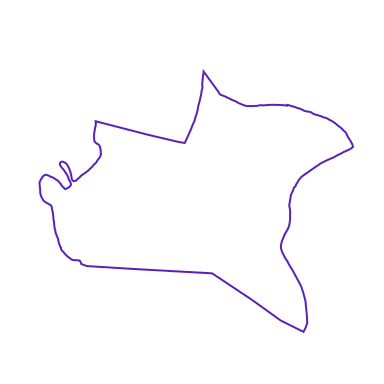 the district of Cap Estate/Mon Du Cap, Gros Islet, Saint Lucia, rotated 279°
{"feature_id": "8701671B34039397692989", "entity_name": "Cap Estate/Mon Du Cap", "entity_type": "district", "adm_level": 2, "iso_a3": "LCA", "parent_name": "Saint Lucia", "parent_adm1": "Gros Islet", "projection": "orthographic", "projection_center": [-60.937, 14.106], "detail": "fine", "context": "isolated", "style": "outline", "palette": "violet", "viewbox_px": 384, "rotation_deg": 279, "n_neighbors": 0, "source": "geoboundaries", "source_scale": "gbopen_adm2", "svg_char_len": 4922}
<svg xmlns="http://www.w3.org/2000/svg" viewBox="0 0 384 384"><g transform="rotate(279 192 192)"><path d="M261.7,344.0L264.1,342.9L265.9,341.6L268.3,339.6L270.7,337.5L273.9,335.3L275.3,334.0L276.3,332.2L278.1,330.0L279.3,327.8L282.9,321.6L284.2,318.5L284.7,316.6L285.7,314.5L286.1,312.6L286.3,310.3L287.0,308.0L287.3,305.5L287.6,303.4L287.9,301.1L288.3,299.2L289.1,297.8L289.6,296.2L289.6,294.7L289.5,293.0L289.8,290.1L290.8,287.3L291.3,284.7L291.4,283.2L291.9,281.1L292.0,279.9L292.4,277.9L292.5,275.9L292.9,274.3L292.9,272.3L292.2,272.4L292.1,270.4L292.1,268.6L291.8,266.8L291.8,265.3L291.5,263.8L291.5,263.3L291.2,261.8L291.2,260.9L290.8,258.5L290.5,256.9L290.2,255.2L289.9,253.5L289.3,251.4L288.7,248.7L288.6,247.3L288.2,245.1L287.2,242.7L286.8,240.5L286.1,237.4L286.0,236.0L285.5,232.9L285.5,232.4L285.6,231.0L285.9,229.5L286.2,227.9L286.7,225.8L287.1,224.2L288.5,220.5L288.8,219.0L289.2,217.2L289.7,215.7L290.4,213.7L290.8,211.8L291.4,210.6L291.7,209.0L292.1,207.0L292.4,205.6L292.8,204.3L294.0,203.2L295.0,202.5L296.2,201.3L312.7,184.7L311.1,184.9L309.1,184.6L306.9,184.8L305.1,184.9L303.5,185.0L301.3,185.2L299.3,185.3L297.8,185.8L295.7,186.0L293.8,185.7L292.3,185.7L290.3,185.8L282.5,185.3L279.3,184.9L277.8,184.7L276.6,184.8L273.3,184.7L271.9,184.5L270.2,184.4L268.2,184.0L265.9,183.6L262.7,183.4L259.8,182.5L258.2,182.1L253.8,181.2L253.0,181.0L239.3,177.2L239.3,171.4L241.6,140.2L246.8,85.7L246.0,85.8L245.3,86.1L244.4,86.4L243.2,86.4L242.0,86.4L241.1,86.4L240.3,86.2L239.2,86.2L238.5,86.2L237.4,86.3L236.3,86.2L235.5,86.2L234.4,86.2L233.4,86.3L231.4,86.6L230.7,86.7L229.8,86.9L229.2,87.0L228.0,87.3L227.4,87.6L226.6,87.9L226.1,88.6L225.6,89.3L224.9,90.5L224.6,91.3L224.3,92.3L223.5,93.1L223.1,93.4L222.3,94.0L221.3,94.4L220.4,94.7L219.8,95.0L219.1,95.3L218.3,95.4L217.2,95.7L216.4,95.7L215.3,96.3L214.4,96.0L213.0,95.8L211.8,95.4L210.6,94.8L209.7,94.2L208.3,93.6L207.1,93.1L206.1,92.7L205.1,92.1L204.2,91.2L203.8,90.9L202.8,90.2L201.6,89.7L200.5,88.9L199.5,88.0L198.5,87.3L197.5,86.5L196.4,85.7L195.1,84.4L194.0,83.3L192.9,82.2L192.0,81.2L190.8,80.0L188.9,78.7L188.0,78.0L186.7,76.8L186.0,76.3L185.4,76.0L184.6,75.0L184.4,74.0L184.2,73.3L184.9,72.1L185.6,71.5L186.8,70.9L187.8,70.7L188.6,70.4L189.4,70.1L190.2,70.0L191.0,69.5L191.5,69.2L192.7,68.8L193.6,68.4L194.8,67.7L196.0,67.0L196.9,66.4L197.3,65.9L198.1,65.5L199.0,64.8L200.0,63.7L200.7,62.9L201.2,61.6L201.5,60.6L201.8,59.5L201.5,58.7L201.3,58.0L200.8,57.5L200.0,57.2L199.3,57.1L198.3,57.3L197.5,58.0L196.6,58.6L195.5,59.8L193.3,62.4L192.0,63.3L191.4,64.2L190.8,64.6L189.7,65.5L188.8,66.5L187.8,66.9L187.2,67.5L186.4,67.7L184.7,68.6L183.7,69.7L182.6,70.3L181.6,71.0L180.6,71.2L180.0,71.3L179.1,70.9L178.2,70.3L177.5,69.8L176.7,68.7L176.1,68.0L175.5,67.2L175.0,66.5L175.6,65.3L176.4,64.5L177.2,63.1L178.2,61.9L179.0,61.7L180.2,60.1L181.0,59.3L181.6,58.5L182.3,57.8L182.8,56.3L183.4,54.9L184.2,53.5L184.5,52.2L184.7,51.4L184.9,50.0L185.4,48.9L185.7,48.3L185.8,47.4L185.9,46.8L186.1,46.0L186.2,45.4L186.1,44.7L185.7,44.1L185.4,43.5L185.0,43.0L183.5,41.9L182.7,41.7L182.0,41.5L180.7,40.6L179.4,40.5L178.1,40.0L176.5,40.0L175.2,40.4L173.9,40.8L172.5,41.1L170.6,41.7L168.5,42.0L167.9,42.1L166.7,42.6L165.7,42.8L164.7,43.4L163.7,43.9L163.0,44.5L161.7,45.5L160.6,46.4L160.0,47.0L159.6,47.8L159.2,48.5L158.7,49.8L158.4,50.4L157.7,52.4L157.5,53.1L157.2,53.7L156.8,54.6L156.4,55.1L155.7,55.6L154.3,56.2L153.4,56.3L152.9,56.5L152.1,56.9L150.3,57.6L148.2,58.3L147.3,58.5L145.6,59.0L143.7,59.3L141.6,60.1L140.8,60.4L139.2,60.8L138.2,61.0L135.9,61.7L134.1,62.2L132.5,63.1L130.6,63.5L129.5,64.3L128.4,64.9L127.3,65.3L126.6,65.9L125.6,66.5L124.4,67.3L123.2,67.6L122.1,68.0L121.1,68.3L120.1,69.0L118.9,69.6L117.7,70.1L116.7,71.2L115.6,71.5L114.8,71.9L114.2,72.3L113.7,72.8L113.3,73.5L113.0,73.9L112.2,74.9L111.5,75.6L110.9,76.3L110.1,77.4L109.4,78.5L108.9,79.0L108.4,79.9L108.0,80.9L107.3,82.2L106.6,83.1L106.4,84.3L106.2,85.2L106.3,86.8L106.4,87.5L106.6,88.2L106.6,89.4L106.7,90.1L106.7,91.0L106.8,91.6L106.2,92.2L105.8,92.6L105.2,93.0L104.6,93.4L103.6,93.9L103.1,96.2L102.4,99.7L106.9,147.1L114.8,224.6L94.6,268.6L78.9,299.8L71.3,324.0L76.7,325.7L80.8,326.3L84.6,325.5L90.7,324.1L97.0,322.4L102.1,321.1L109.6,317.8L115.9,314.6L120.3,311.3L125.9,307.0L130.5,303.5L135.6,299.1L138.4,297.1L140.2,295.5L141.3,294.4L142.6,293.4L143.8,292.6L145.2,291.6L146.3,290.7L148.7,289.5L150.2,288.7L152.6,288.2L155.4,288.3L158.2,288.6L159.0,288.9L162.7,289.7L165.4,290.4L166.7,291.0L169.1,291.9L170.9,292.6L173.6,293.1L175.2,293.3L178.7,293.2L179.8,293.3L184.4,292.5L187.3,292.2L189.5,291.6L191.8,290.9L193.5,290.2L197.2,290.1L201.9,290.2L204.1,290.1L206.9,290.8L209.1,291.5L212.0,291.9L213.8,293.3L215.5,293.6L217.6,294.5L220.0,295.4L222.1,296.5L223.8,297.6L225.6,299.2L236.7,310.7L237.2,311.3L240.5,314.8L242.6,317.7L244.5,320.4L246.2,323.0L248.4,326.6L251.1,329.9L252.9,332.6L255.2,335.5L257.5,339.1L259.6,342.0L261.7,344.0Z" fill="none" stroke="#5b21b6" stroke-width="2"/></g></svg>